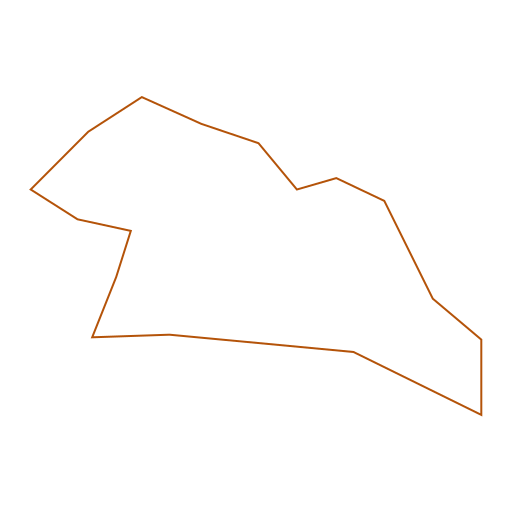 the state/province of Eastern
{"feature_id": "HKG-5155", "entity_name": "Eastern", "entity_type": "state/province", "adm_level": 1, "iso_a3": "HKG", "parent_name": "Hong Kong S.A.R.", "parent_adm1": "", "projection": "natural_earth1", "projection_center": [114.211, 22.27], "detail": "fine", "context": "isolated", "style": "outline", "palette": "amber", "viewbox_px": 512, "rotation_deg": 0, "n_neighbors": 0, "source": "natural_earth", "source_scale": "10m", "svg_char_len": 337}
<svg xmlns="http://www.w3.org/2000/svg" viewBox="0 0 512 512"><path d="M30.7,189.5L88.3,131.7L141.8,97.1L201.4,123.9L258.5,143.2L296.9,189.5L336.3,178.1L384.3,200.9L432.8,298.7L481.3,339.6L481.3,414.9L353.5,352.0L169.5,334.7L92.2,337.3L116.2,277.0L130.8,230.9L77.5,219.3L30.7,189.5Z" fill="none" stroke="#b45309" stroke-width="2"/></svg>